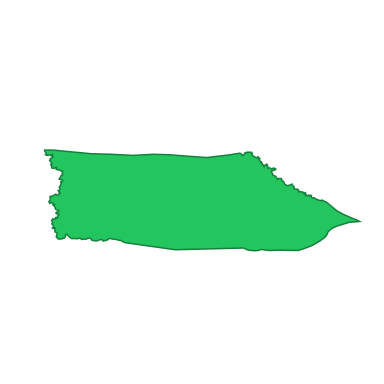 the district of Feuang, Vientiane, Laos, rotated 67°
{"feature_id": "54806243B7670424419028", "entity_name": "Feuang", "entity_type": "district", "adm_level": 2, "iso_a3": "LAO", "parent_name": "Laos", "parent_adm1": "Vientiane", "projection": "albers", "projection_center": [102.059, 18.657], "detail": "fine", "context": "isolated", "style": "filled", "palette": "green", "viewbox_px": 384, "rotation_deg": 67, "n_neighbors": 0, "source": "geoboundaries", "source_scale": "gbopen_adm2", "svg_char_len": 5992}
<svg xmlns="http://www.w3.org/2000/svg" viewBox="0 0 384 384"><g transform="rotate(67 192 192)"><path d="M180.2,334.5L181.3,334.2L182.1,333.7L182.7,333.6L183.5,332.7L183.8,332.1L183.8,331.2L184.2,330.5L184.2,329.7L184.5,329.3L184.5,329.0L184.1,328.5L184.1,328.2L184.5,327.3L184.4,327.0L183.9,326.3L183.4,326.0L182.9,325.3L182.0,325.2L181.8,324.7L182.0,324.0L182.6,323.4L183.6,323.2L185.0,322.7L186.0,322.4L186.8,321.5L187.6,321.1L188.2,320.4L188.7,318.6L189.4,317.6L190.1,316.1L190.2,315.2L190.9,313.1L191.4,312.6L192.4,312.3L192.7,312.1L192.9,310.2L193.5,309.3L194.1,307.7L193.9,305.2L194.3,304.4L194.5,304.1L195.8,303.0L196.8,303.1L197.6,302.8L198.5,301.0L199.2,300.2L199.8,298.6L200.0,295.2L200.7,293.5L201.1,293.1L201.9,293.2L202.3,293.1L202.6,292.4L202.7,291.2L202.9,290.6L202.7,289.9L202.7,289.5L203.2,288.8L202.7,287.3L202.4,286.9L202.8,285.6L203.7,284.2L204.6,283.2L205.0,282.0L206.2,280.1L207.8,278.4L208.2,277.3L208.5,276.8L209.6,275.8L211.0,274.9L212.5,273.4L238.6,230.0L263.6,166.7L267.5,162.9L270.0,158.4L271.6,154.4L272.0,150.6L276.1,143.7L278.1,138.3L279.7,134.3L283.9,125.0L287.3,117.1L287.8,112.2L288.2,102.4L287.1,93.7L285.8,87.9L284.5,85.1L281.9,82.3L280.4,78.5L280.0,74.4L280.1,71.0L281.4,58.9L284.6,49.3L281.3,52.0L279.6,54.0L271.9,61.2L268.8,63.7L265.9,66.0L253.5,72.4L253.3,73.0L252.5,73.7L251.6,74.2L250.9,75.1L250.1,75.5L250.1,75.9L250.4,76.6L250.4,77.0L249.9,77.4L249.4,78.1L249.0,78.4L248.8,78.9L247.9,79.5L247.6,80.1L246.9,80.8L246.7,80.8L246.2,81.3L245.5,81.5L245.0,81.9L244.8,82.3L244.6,83.5L243.8,84.0L242.8,84.1L242.5,84.0L242.2,83.5L241.9,83.4L241.7,83.6L241.2,84.7L241.6,85.0L241.4,85.2L240.7,85.3L240.5,85.6L240.4,88.2L240.0,88.9L239.8,88.8L239.1,88.1L237.8,88.1L237.7,88.5L238.0,89.1L237.6,89.2L237.4,89.0L237.3,88.0L237.1,87.8L236.8,87.9L236.9,88.5L236.7,89.8L236.5,90.1L236.1,90.1L235.7,89.8L235.3,90.0L234.8,90.9L234.6,91.6L234.0,92.0L233.8,92.5L233.9,93.2L233.7,93.5L232.8,93.6L232.8,93.3L232.6,93.2L230.7,93.6L230.6,94.0L230.5,95.0L230.4,95.1L230.1,95.0L229.5,96.3L229.1,96.9L228.7,96.8L228.4,96.3L226.7,96.0L225.5,96.7L223.7,96.9L223.7,97.3L224.1,98.3L223.7,99.4L223.7,100.7L223.2,102.0L221.8,103.1L221.1,103.5L220.5,103.7L218.8,103.5L218.0,103.6L217.1,104.6L216.5,104.9L216.2,104.9L215.8,104.5L215.0,104.4L214.4,104.8L213.4,106.9L213.4,107.6L213.8,108.2L212.5,108.5L210.3,108.8L208.3,110.8L208.0,110.9L207.0,110.7L206.1,110.9L205.1,111.0L204.1,110.8L203.5,110.4L203.5,109.9L203.9,109.4L204.1,109.0L203.8,108.3L204.2,107.2L204.1,106.7L203.7,105.9L202.3,106.8L201.9,107.5L201.7,108.0L201.9,108.7L201.8,109.0L201.3,110.2L200.4,110.8L200.0,111.5L199.7,112.8L198.6,112.2L198.1,112.4L197.0,112.4L196.8,112.4L196.5,112.0L196.3,112.0L196.1,112.2L195.5,112.4L195.4,112.7L195.9,113.2L196.2,113.9L195.8,114.4L195.8,114.8L196.8,115.5L196.6,116.0L196.1,116.1L195.5,115.9L194.9,115.9L194.3,116.2L193.6,116.2L192.9,116.9L192.5,117.1L192.1,116.9L191.7,116.2L191.4,116.2L190.4,117.3L189.3,117.3L188.3,117.6L188.1,117.3L187.9,116.5L187.6,116.5L186.9,117.2L185.6,117.2L185.4,117.3L185.3,117.5L186.4,117.9L186.3,118.3L185.6,119.2L184.9,120.0L183.2,121.1L182.7,122.0L181.5,122.2L180.5,121.5L179.7,121.7L179.0,121.5L178.7,121.6L178.7,122.5L178.4,122.9L177.8,123.3L177.6,124.0L177.5,124.9L177.1,125.1L177.0,125.3L177.0,125.9L176.9,126.1L176.7,127.3L176.6,127.6L176.6,127.8L176.8,127.9L177.1,127.6L177.0,128.4L177.4,128.9L177.7,129.5L178.2,130.2L178.4,131.1L178.2,131.4L177.5,131.3L176.6,131.6L176.1,132.1L175.6,132.2L175.0,132.7L172.1,144.3L166.0,165.0L157.1,182.5L149.2,197.6L142.2,212.8L135.1,232.3L125.8,251.4L117.3,270.0L99.4,303.0L95.8,311.3L96.4,311.5L97.4,311.5L99.5,311.2L100.3,311.3L100.6,311.7L100.6,312.2L100.9,312.0L101.4,311.4L101.9,310.5L102.3,308.3L102.8,307.8L103.8,307.5L103.7,307.0L102.8,306.2L102.9,305.8L103.2,305.6L103.9,306.1L105.3,306.4L105.7,306.9L106.0,307.6L105.8,308.3L105.8,309.0L106.4,309.7L106.8,310.2L107.5,310.8L108.6,310.1L109.0,310.0L109.8,310.1L110.4,309.8L110.8,310.0L111.3,311.1L111.6,311.3L112.1,311.3L112.5,310.8L113.0,311.2L113.7,311.1L114.9,311.7L115.5,311.2L116.2,310.3L116.3,309.5L116.1,308.0L116.2,307.3L116.6,307.1L116.9,307.2L117.8,308.2L118.2,308.1L118.6,307.7L118.7,307.1L120.2,305.5L120.5,304.8L121.8,304.0L121.9,303.2L122.4,303.0L122.8,303.1L123.3,303.5L123.8,303.6L124.3,304.2L124.7,304.2L124.8,304.5L125.5,304.4L125.7,305.7L126.1,306.7L126.4,307.0L126.9,307.2L127.0,307.6L127.3,307.7L127.9,307.7L128.1,308.0L128.1,308.9L128.1,309.2L128.4,309.1L128.5,308.7L128.7,308.4L129.3,308.0L130.0,306.8L130.5,306.5L131.1,306.6L131.5,307.2L131.5,308.0L131.3,308.5L131.4,308.8L131.7,309.1L132.6,308.8L133.1,308.9L133.8,310.1L134.9,310.7L135.4,311.6L135.5,312.2L137.9,312.5L138.3,313.0L138.5,314.7L139.2,314.4L139.8,314.0L140.9,313.8L141.6,313.8L141.8,314.0L141.7,314.4L140.9,314.7L141.2,314.9L141.8,315.1L142.3,315.6L142.5,316.4L142.3,317.2L141.8,317.7L141.0,317.9L140.7,318.4L141.1,320.3L141.0,320.7L141.2,321.2L140.9,322.8L141.1,323.5L141.0,324.1L140.6,324.3L140.7,324.6L141.9,324.8L143.2,325.3L144.1,325.8L144.6,326.7L144.7,327.3L145.3,327.5L146.7,327.5L147.1,327.3L146.4,326.0L146.7,325.5L149.9,323.6L150.0,323.9L149.7,325.0L150.0,325.0L150.7,324.5L151.8,324.1L153.1,324.1L153.6,324.3L154.5,324.3L155.0,324.0L155.5,323.6L156.2,322.1L156.7,321.8L157.1,321.8L157.4,322.0L157.5,322.4L157.7,324.8L157.9,325.2L158.2,325.5L158.8,325.4L159.4,325.1L159.5,324.6L159.4,323.7L159.5,323.4L159.8,323.1L160.5,323.0L160.9,323.1L161.3,324.0L161.6,325.2L162.7,325.4L163.2,325.8L163.3,326.1L163.2,326.4L162.3,326.9L162.2,327.6L162.3,327.8L163.0,327.7L163.3,327.8L163.4,328.2L163.4,329.3L163.2,329.8L162.4,330.3L162.3,330.5L163.0,331.9L163.5,332.3L164.5,332.4L165.6,332.2L166.0,332.2L166.2,332.5L166.5,333.5L167.1,333.5L167.9,332.9L168.3,332.8L169.8,333.0L170.2,333.3L170.5,334.6L171.2,334.2L171.5,333.0L171.5,332.2L172.1,332.1L172.4,332.6L172.7,332.9L174.2,333.3L174.9,333.7L175.3,333.7L175.6,333.5L176.1,332.7L176.6,332.3L177.2,332.3L177.6,332.4L178.5,333.4L180.1,333.9L180.2,334.5Z" fill="#22c55e" stroke="#15803d" stroke-width="1.5"/></g></svg>